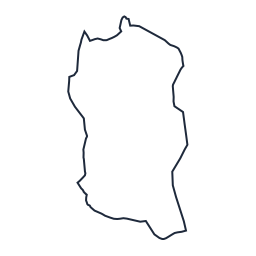 Dandi, Kebbi, Nigeria, rotated 179°
{"feature_id": "59680162B35628626888177", "entity_name": "Dandi", "entity_type": "district", "adm_level": 2, "iso_a3": "NGA", "parent_name": "Nigeria", "parent_adm1": "Kebbi", "projection": "equal_earth", "projection_center": [3.827, 11.863], "detail": "fine", "context": "isolated", "style": "outline", "palette": "slate", "viewbox_px": 256, "rotation_deg": 179, "n_neighbors": 0, "source": "geoboundaries", "source_scale": "gbopen_adm2", "svg_char_len": 1880}
<svg xmlns="http://www.w3.org/2000/svg" viewBox="0 0 256 256"><g transform="rotate(179 128 128)"><path d="M111.8,34.7L103.5,21.2L98.5,17.5L95.7,16.4L94.1,16.4L92.0,17.1L89.4,18.6L85.7,20.8L83.2,22.2L80.3,22.8L76.1,23.3L71.8,24.4L73.8,33.8L81.2,58.3L84.2,69.9L84.5,83.6L76.3,96.7L71.7,105.5L68.9,110.2L70.0,119.9L71.4,131.6L71.7,134.3L72.7,143.0L81.2,149.0L82.0,153.7L81.8,158.3L82.5,169.1L82.2,170.6L80.7,173.4L79.8,175.2L79.0,176.7L78.3,178.1L74.4,185.6L73.3,187.1L73.2,187.3L72.9,187.6L72.6,187.9L72.4,188.1L72.2,188.4L72.1,188.5L71.9,188.8L71.5,189.1L71.8,190.6L72.1,192.7L72.4,195.1L72.5,198.1L73.1,200.0L73.9,202.1L76.1,206.5L77.5,207.5L79.0,208.3L80.7,209.1L84.2,210.3L85.9,211.6L89.7,215.2L115.0,229.6L120.7,230.4L124.0,230.3L125.5,237.0L127.7,237.4L128.3,238.7L128.8,239.1L129.8,239.6L131.4,238.6L132.7,236.1L134.6,228.1L133.1,224.7L137.4,220.9L139.0,220.0L140.3,219.3L142.7,218.2L144.6,217.5L147.8,216.2L151.1,216.2L153.8,217.2L156.8,218.0L159.7,217.4L161.4,216.8L164.5,215.8L167.2,221.2L169.9,225.2L173.0,217.1L173.6,214.3L174.4,211.8L176.1,206.1L177.9,185.9L181.0,181.8L182.8,181.2L185.8,180.1L186.0,176.1L187.1,165.5L185.3,158.5L180.7,150.2L172.0,138.4L171.1,127.0L170.9,126.5L169.1,120.8L169.2,120.1L170.2,118.2L173.0,107.2L172.8,104.1L173.0,99.2L172.7,97.8L171.8,85.2L171.4,83.5L171.9,81.4L173.9,79.3L177.2,76.0L179.4,74.2L175.9,68.5L174.6,67.2L174.4,67.0L174.3,66.8L174.1,66.5L173.9,66.3L173.8,66.0L173.7,65.7L173.6,65.4L173.5,65.2L173.4,64.9L173.1,64.7L172.8,64.4L172.7,64.1L172.3,63.8L171.9,63.3L171.5,63.1L171.3,62.7L170.8,62.4L170.4,62.0L171.0,59.3L171.2,56.3L170.5,54.4L170.0,52.6L169.5,52.0L168.8,51.6L168.1,51.4L167.7,51.2L167.4,50.8L167.2,50.4L167.0,49.9L166.7,49.4L162.9,46.0L156.1,42.9L154.7,42.1L152.5,40.7L147.6,38.8L143.8,37.5L140.4,37.2L137.7,37.4L134.2,37.9L130.7,37.4L117.4,34.1L111.8,34.7Z" fill="none" stroke="#1e293b" stroke-width="2"/></g></svg>